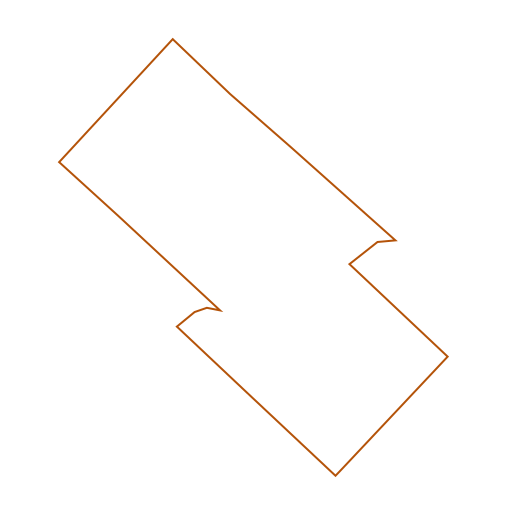 outline of Marshall, Illinois, United States of America, rotated 223°
{"feature_id": "52423323B57387321638409", "entity_name": "Marshall", "entity_type": "district", "adm_level": 2, "iso_a3": "USA", "parent_name": "United States of America", "parent_adm1": "Illinois", "projection": "orthographic", "projection_center": [-89.369, 41.035], "detail": "fine", "context": "isolated", "style": "outline", "palette": "amber", "viewbox_px": 512, "rotation_deg": 223, "n_neighbors": 0, "source": "geoboundaries", "source_scale": "gbopen_adm2", "svg_char_len": 367}
<svg xmlns="http://www.w3.org/2000/svg" viewBox="0 0 512 512"><g transform="rotate(223 256 256)"><path d="M169.3,149.9L48.0,149.5L47.9,156.3L47.2,313.1L182.1,313.8L176.7,349.1L164.7,362.5L303.6,359.4L385.4,356.8L464.8,357.8L464.0,190.4L383.4,191.4L245.2,191.7L256.6,184.6L262.7,173.1L265.7,150.4L169.3,149.9Z" fill="none" stroke="#b45309" stroke-width="2"/></g></svg>